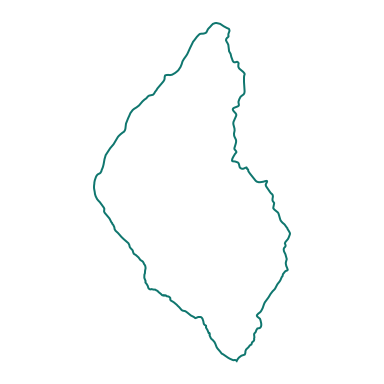 Pachavita, Boyacá, Colombia (Albers equal-area conic projection)
{"feature_id": "7082276B87179033828230", "entity_name": "Pachavita", "entity_type": "district", "adm_level": 2, "iso_a3": "COL", "parent_name": "Colombia", "parent_adm1": "Boyacá", "projection": "albers", "projection_center": [-73.397, 5.151], "detail": "fine", "context": "isolated", "style": "outline", "palette": "teal", "viewbox_px": 384, "rotation_deg": 0, "n_neighbors": 0, "source": "geoboundaries", "source_scale": "gbopen_adm2", "svg_char_len": 6000}
<svg xmlns="http://www.w3.org/2000/svg" viewBox="0 0 384 384"><path d="M287.3,228.1L286.9,227.7L285.8,226.2L284.9,224.9L284.3,224.2L282.6,222.8L281.5,221.6L280.8,220.7L280.3,219.7L278.8,214.5L278.4,213.3L277.9,212.5L274.5,209.7L273.6,208.7L273.3,208.2L273.3,207.6L274.1,203.6L274.1,202.9L272.8,201.1L272.5,200.3L272.5,198.9L272.9,196.7L272.8,195.6L272.6,194.9L272.1,194.2L271.0,193.3L270.2,192.3L266.3,186.6L265.9,185.8L265.7,184.7L266.2,183.4L266.8,182.4L267.1,181.6L266.9,181.0L266.5,180.9L265.3,181.1L263.4,181.7L261.5,182.0L260.1,182.2L258.7,182.2L257.6,181.9L256.7,181.6L255.6,180.7L249.9,173.5L248.4,171.3L248.2,170.6L248.2,169.9L247.9,169.3L247.2,169.0L246.9,168.4L246.8,167.9L246.5,167.5L245.6,167.7L243.4,168.7L242.6,168.8L241.4,168.6L240.4,168.0L239.8,167.4L239.4,166.1L239.1,164.7L238.7,163.5L238.3,162.9L237.7,162.4L235.1,161.5L232.9,161.3L232.4,161.1L232.1,160.8L232.0,160.2L232.4,158.6L233.3,156.8L234.9,154.1L236.3,152.4L236.3,151.6L235.9,150.9L234.7,149.5L234.4,148.9L234.4,148.1L235.5,144.5L235.9,143.0L236.1,141.9L236.1,140.6L235.9,139.6L234.4,136.5L234.1,135.4L234.0,133.5L234.6,130.6L234.5,128.6L233.4,124.4L233.3,123.5L233.4,122.4L233.6,121.6L236.0,116.2L236.3,115.2L236.2,114.3L235.7,113.4L233.6,111.1L233.1,110.3L232.8,109.6L232.9,108.9L233.3,108.3L234.1,107.8L237.7,106.4L238.5,105.9L238.9,105.1L238.8,104.1L238.5,102.6L238.5,101.6L239.3,99.2L240.5,96.9L241.2,96.2L242.8,95.0L243.6,94.4L244.1,93.6L244.4,92.9L244.6,91.3L244.0,81.9L244.0,77.2L244.2,75.6L244.6,74.5L244.6,73.8L244.3,73.2L243.1,71.8L240.1,69.3L239.3,68.6L238.9,68.0L238.4,66.9L238.3,66.2L238.4,64.3L238.6,63.6L238.6,63.2L238.0,62.3L237.1,61.8L236.5,61.9L235.7,62.2L234.3,62.3L233.6,62.0L232.8,61.0L232.4,60.0L232.3,59.6L231.3,56.9L230.6,53.9L229.1,51.3L228.3,44.8L227.6,43.3L226.7,41.8L226.0,40.3L226.2,39.1L227.1,37.8L227.6,37.5L228.3,36.8L228.5,36.4L228.5,35.8L228.3,35.3L228.4,33.9L229.5,30.9L229.4,30.2L229.1,29.2L228.8,28.8L226.9,28.0L223.6,26.2L220.2,23.9L217.8,23.3L216.3,23.0L215.1,23.1L212.9,23.9L211.3,25.5L210.4,26.6L208.8,28.2L207.8,29.4L207.2,30.8L206.6,31.8L206.4,32.4L205.5,33.0L204.3,33.4L202.9,33.7L201.5,33.7L200.0,33.9L199.0,34.6L196.9,36.8L194.2,40.4L193.1,41.7L192.3,43.4L190.0,48.1L187.9,52.8L187.1,54.4L186.2,55.8L183.9,59.0L182.5,61.4L181.7,64.1L180.5,67.0L178.3,70.3L176.6,71.8L174.9,73.1L172.1,74.7L171.2,74.9L170.0,75.1L168.2,74.9L166.8,75.0L166.1,75.1L165.1,75.5L164.8,76.4L164.6,77.6L164.6,78.8L164.2,80.1L163.4,81.4L157.4,88.5L156.4,90.2L155.1,91.8L154.4,93.1L153.6,94.2L152.9,94.8L149.2,95.6L148.2,96.2L147.3,97.1L146.7,97.9L145.7,98.8L144.6,99.5L142.5,101.4L139.0,105.5L136.5,107.4L134.2,108.8L132.7,110.0L130.4,113.1L129.3,115.7L128.1,118.3L126.0,123.6L125.4,128.7L125.0,130.1L124.1,131.6L122.5,132.7L120.6,134.2L118.7,136.0L117.8,137.1L113.6,144.2L110.2,148.2L105.7,155.1L104.5,159.2L103.6,164.3L103.0,166.7L102.5,168.1L101.6,170.2L101.5,170.8L101.2,171.6L100.3,173.0L99.7,173.4L97.9,174.3L97.3,174.8L96.3,176.2L95.9,177.1L94.8,180.3L94.4,182.3L94.3,183.8L94.1,185.3L94.0,187.2L94.1,188.7L94.7,191.9L95.0,194.1L95.7,196.3L97.1,199.1L98.5,200.8L99.8,202.1L103.8,207.6L104.3,208.7L104.2,210.1L104.1,211.1L104.1,211.6L104.7,212.8L109.4,218.4L110.0,219.5L111.4,222.3L112.1,223.0L112.2,223.7L113.3,225.0L114.3,227.2L114.6,229.1L115.2,230.2L115.7,230.9L118.0,233.0L121.5,237.0L123.9,239.3L128.4,243.2L128.7,243.8L129.3,245.0L129.7,246.8L130.1,247.5L130.8,248.4L132.1,249.7L132.7,250.5L133.0,251.8L133.7,253.6L134.1,254.0L135.8,255.0L138.5,257.4L140.4,260.0L142.3,261.2L142.8,261.6L143.5,262.7L144.1,264.1L144.8,265.0L145.3,266.1L145.6,268.1L145.1,270.6L144.9,273.3L144.4,274.7L144.3,277.4L144.4,278.1L145.6,281.1L145.5,281.4L145.4,282.1L145.5,282.6L146.5,283.8L147.7,285.8L148.3,287.8L148.7,288.5L149.6,289.2L150.7,289.4L151.5,289.1L151.9,289.2L153.6,289.6L154.1,289.6L154.7,289.6L155.4,289.7L156.2,290.3L157.1,290.7L157.5,290.9L158.6,292.1L161.1,294.1L161.6,294.7L162.2,295.2L163.5,295.6L163.8,295.5L163.8,295.1L164.0,295.1L164.8,295.7L165.2,295.7L165.4,295.3L165.6,295.3L166.1,295.6L166.9,296.3L168.1,296.4L168.7,296.6L169.3,297.0L169.9,297.5L170.2,297.9L170.3,298.6L170.3,299.7L170.8,300.5L172.7,301.6L173.8,302.3L176.8,304.8L177.6,305.7L179.2,307.2L181.7,310.1L182.9,310.7L184.6,311.0L185.3,311.2L186.1,311.7L187.6,312.8L190.9,315.5L193.3,316.7L194.3,317.3L195.1,318.0L195.6,318.1L196.1,317.9L198.2,317.0L200.2,317.0L200.9,317.1L201.4,317.4L201.8,317.8L202.5,318.8L203.3,321.2L203.8,323.8L204.2,324.4L204.7,324.9L206.0,325.7L206.1,326.5L206.0,327.0L206.0,327.6L207.5,330.1L208.7,333.1L209.4,333.0L209.6,333.4L209.8,334.2L209.6,335.4L210.7,337.9L211.3,338.8L212.9,340.2L214.5,342.1L215.3,343.7L216.6,347.1L217.5,348.5L220.1,351.5L221.0,352.7L221.7,353.6L223.1,354.3L228.2,357.8L229.8,358.7L232.5,359.9L233.4,360.2L234.7,360.0L235.5,360.1L236.0,360.3L236.7,361.0L237.2,360.0L237.8,359.0L238.9,357.6L241.4,355.7L244.7,354.6L245.1,353.8L245.4,352.5L245.4,351.5L245.7,350.4L246.2,349.4L248.6,347.1L249.8,345.4L251.4,344.5L252.0,342.6L252.5,341.9L253.4,341.3L254.0,340.4L254.2,339.6L254.1,338.7L254.2,338.0L254.4,337.4L254.1,334.7L254.2,333.8L254.6,333.2L255.5,332.3L255.9,331.4L256.3,330.2L257.4,328.5L258.3,328.3L259.6,328.1L260.4,327.5L261.0,326.5L261.3,325.1L261.2,323.4L260.6,320.7L260.2,319.4L259.9,318.7L257.5,316.8L256.9,315.9L256.9,315.2L257.3,314.7L258.3,313.6L259.8,312.5L260.7,311.6L261.3,310.7L262.0,309.4L262.7,308.0L264.0,304.2L264.8,302.4L268.5,297.4L270.6,293.9L272.6,291.3L274.5,289.4L275.1,288.6L277.3,284.4L278.2,283.2L279.2,282.0L280.1,280.7L280.7,279.5L281.7,277.1L282.5,276.2L282.8,274.8L283.0,274.1L283.4,273.6L284.8,271.8L285.5,271.1L287.1,270.5L287.5,270.2L287.7,269.7L287.0,267.6L286.3,266.1L285.8,263.7L285.8,262.7L286.2,261.0L286.7,259.4L286.7,258.9L285.4,254.2L284.2,251.8L283.9,251.0L283.7,249.2L283.9,248.4L284.3,247.7L285.0,247.0L285.5,246.2L285.6,245.5L285.4,244.7L284.9,243.4L285.1,242.7L285.6,241.8L287.9,239.1L288.7,237.5L289.8,234.6L290.0,233.7L289.8,232.8L289.0,231.3L287.6,229.1L287.3,228.1Z" fill="none" stroke="#0f766e" stroke-width="2"/></svg>